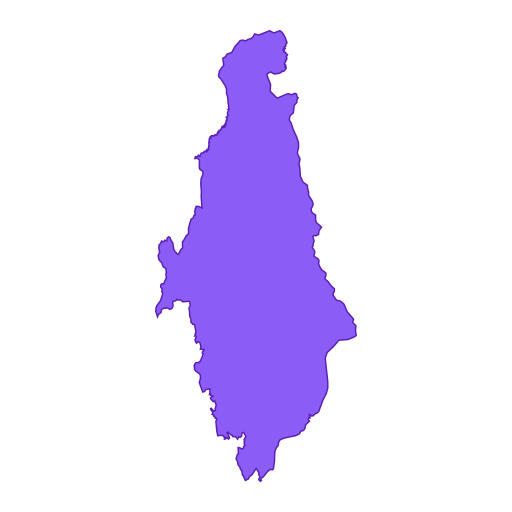 the district of Khao Khitchakut, Chanthaburi, Thailand
{"feature_id": "78962969B7346978747814", "entity_name": "Khao Khitchakut", "entity_type": "district", "adm_level": 2, "iso_a3": "THA", "parent_name": "Thailand", "parent_adm1": "Chanthaburi", "projection": "equal_earth", "projection_center": [102.068, 12.967], "detail": "fine", "context": "isolated", "style": "filled", "palette": "violet", "viewbox_px": 512, "rotation_deg": 0, "n_neighbors": 0, "source": "geoboundaries", "source_scale": "gbopen_adm2", "svg_char_len": 6054}
<svg xmlns="http://www.w3.org/2000/svg" viewBox="0 0 512 512"><path d="M157.5,316.8L158.7,314.2L161.0,312.6L161.1,310.5L162.1,309.1L164.0,308.1L165.5,308.3L167.3,307.7L169.5,309.3L171.6,308.7L172.5,307.5L173.0,305.7L172.7,303.2L173.0,301.4L175.5,300.8L176.4,300.2L176.9,299.3L177.9,299.9L180.9,300.1L182.8,301.8L188.9,301.3L189.7,301.8L190.3,305.4L189.1,307.8L189.0,308.9L189.5,311.2L189.7,316.3L191.0,319.2L191.0,322.5L192.0,323.1L192.8,324.3L194.3,324.6L194.7,325.3L196.0,332.1L195.1,333.9L195.4,334.5L194.8,335.9L195.7,335.7L196.2,336.5L195.0,339.9L195.7,341.0L195.4,341.6L196.6,343.2L198.0,341.7L199.8,342.4L200.9,346.3L200.4,349.1L204.0,349.5L204.1,350.1L202.6,351.5L202.3,353.4L203.2,354.0L200.5,360.9L198.5,362.5L195.9,362.7L194.9,364.0L194.2,365.5L194.6,369.5L195.8,371.1L199.6,373.9L200.3,375.0L200.5,378.2L199.3,382.5L202.7,392.0L204.6,391.5L206.0,389.4L209.9,389.0L209.9,392.5L209.5,394.4L210.5,394.1L210.5,395.3L212.8,396.2L210.5,397.8L210.7,398.9L213.2,401.6L214.8,400.9L215.6,403.8L216.3,404.6L215.1,408.9L215.5,410.2L213.6,411.1L211.4,408.3L210.6,408.6L210.9,409.7L212.9,412.3L212.1,414.4L213.9,415.2L213.9,416.4L214.8,416.7L215.2,418.3L216.7,418.4L216.7,419.8L215.9,421.3L216.8,431.2L217.8,435.8L220.7,435.3L223.0,435.6L224.0,436.9L224.8,436.9L224.4,439.1L225.3,439.0L227.1,437.6L228.4,439.1L229.4,438.3L229.0,436.2L227.1,432.6L227.7,432.1L231.6,435.2L232.5,435.3L232.8,436.6L235.7,436.8L237.6,439.2L238.5,436.9L240.1,437.3L241.5,436.3L242.1,432.9L243.8,432.5L245.9,436.4L244.1,439.7L244.7,440.2L244.2,441.3L244.5,441.6L244.1,443.7L245.0,445.2L243.7,446.5L243.6,447.5L242.4,449.1L239.7,447.8L238.1,447.6L238.4,453.9L237.4,454.4L236.1,458.8L237.5,461.6L238.1,464.8L240.2,467.7L240.2,468.6L242.1,471.7L242.3,474.7L243.7,476.5L244.2,478.1L244.7,478.2L244.6,478.7L245.3,480.4L248.3,479.0L249.8,476.2L251.6,475.2L256.2,468.5L259.0,473.1L258.7,474.1L259.8,477.2L259.7,478.0L258.7,479.1L259.0,480.0L260.4,481.3L261.3,480.6L260.7,480.1L261.3,478.3L263.4,476.7L267.5,471.6L270.2,469.4L272.4,469.8L273.4,468.9L274.5,461.0L274.7,453.7L275.0,452.9L274.6,452.0L276.2,448.1L278.0,445.6L278.4,444.3L278.4,442.8L279.7,440.3L280.5,439.6L284.4,438.0L295.8,435.6L299.4,433.8L301.0,431.0L302.8,430.8L304.1,429.7L304.8,428.5L305.7,424.7L309.5,421.1L308.2,419.5L308.7,417.8L310.0,418.0L309.9,416.9L309.3,415.8L309.4,414.4L310.6,414.8L311.3,416.0L313.1,415.8L315.2,413.7L316.8,413.2L318.7,411.6L322.9,400.1L326.3,393.5L327.8,387.9L327.7,381.1L325.2,358.4L326.7,353.7L327.5,352.2L333.3,346.7L338.9,340.2L348.1,339.5L354.8,336.6L356.2,335.4L355.5,330.6L355.9,325.7L352.9,322.8L352.7,321.7L353.5,319.8L353.3,318.8L347.3,311.9L343.9,304.1L340.5,301.2L336.4,300.1L333.4,295.6L333.1,293.5L334.4,291.2L334.4,288.8L331.1,285.8L327.9,281.4L325.1,279.1L325.0,278.2L326.0,275.0L325.8,272.9L321.8,269.9L320.2,267.5L318.6,264.0L319.0,260.8L318.4,259.1L314.4,256.5L313.9,255.6L314.7,252.8L314.6,250.9L312.3,247.6L313.1,245.6L313.0,243.8L314.1,241.4L312.9,236.6L313.6,235.7L316.5,235.6L318.5,234.4L319.0,230.8L321.5,227.1L316.4,222.6L315.6,220.0L315.6,215.1L312.4,212.9L311.3,211.1L311.2,208.7L313.0,205.2L313.1,203.9L312.0,200.7L308.6,195.3L308.6,192.1L307.5,187.8L307.4,185.3L303.2,182.3L300.4,176.5L299.8,168.0L299.0,163.6L299.9,160.1L299.9,158.4L298.0,155.0L297.3,152.7L298.6,147.4L298.5,142.6L296.5,136.6L293.3,129.7L291.0,122.7L289.4,120.3L289.7,116.6L290.4,115.3L293.3,112.9L294.2,105.4L296.8,102.4L296.9,99.8L298.1,97.8L297.1,96.9L296.5,94.1L294.9,93.3L291.5,94.8L289.0,93.8L287.2,93.9L278.3,97.7L276.8,97.9L270.1,91.1L270.6,84.6L267.2,76.0L267.1,73.9L270.5,72.0L274.6,74.0L279.0,73.3L281.4,72.3L281.8,71.2L283.0,71.4L284.2,70.9L286.1,68.5L285.9,66.5L285.1,66.9L285.5,64.9L284.6,64.5L284.5,63.7L285.7,61.5L285.4,60.1L286.4,60.0L286.7,59.3L286.8,57.4L286.2,56.3L287.5,54.8L286.1,53.5L285.6,52.4L283.8,52.1L284.0,51.3L283.4,50.6L284.4,50.0L283.1,49.1L283.9,48.4L285.1,48.4L284.3,46.9L285.7,46.3L285.5,44.9L287.0,42.8L285.2,37.5L283.0,33.5L281.3,31.7L279.9,30.7L273.8,33.0L269.6,30.7L258.7,35.1L254.6,33.9L253.1,36.7L251.2,38.5L247.6,39.6L245.9,40.9L242.6,40.1L240.2,40.6L234.7,46.9L232.2,51.8L231.5,52.6L227.2,54.1L225.4,56.8L222.8,58.4L223.6,64.2L223.4,66.0L221.9,67.3L219.5,71.1L218.5,75.5L219.0,77.1L220.8,78.8L225.2,85.7L226.5,89.0L226.5,93.3L227.8,97.5L228.1,103.0L228.7,105.3L228.4,106.6L229.0,108.7L228.7,109.8L228.1,109.7L228.7,110.4L227.5,112.5L227.6,114.5L228.2,115.1L227.2,116.4L227.1,117.3L226.7,116.9L226.2,117.3L227.1,118.2L227.1,119.6L226.2,120.2L226.8,120.9L225.7,122.2L226.1,123.2L225.2,123.8L225.6,124.5L225.2,124.3L224.6,124.9L225.0,127.0L224.4,127.1L224.2,126.7L223.7,127.2L223.4,125.9L222.7,126.4L222.5,127.2L222.0,126.9L220.8,129.9L220.4,129.7L219.8,130.7L218.9,130.5L218.5,132.8L217.7,132.2L216.9,134.2L217.1,134.8L215.9,135.1L214.9,134.7L214.4,135.9L211.5,135.7L211.5,136.6L210.4,136.7L210.6,137.9L210.1,137.7L210.0,138.5L209.4,138.4L209.1,140.7L209.4,142.2L208.7,142.4L209.2,144.4L208.6,145.8L208.9,146.5L208.4,147.5L208.8,148.9L208.2,149.8L207.9,149.4L207.2,150.8L206.6,150.1L206.4,151.7L205.6,151.1L204.0,151.6L204.1,152.5L201.2,153.2L199.8,156.3L198.5,155.2L197.0,156.9L195.6,156.6L194.8,158.4L195.0,158.7L196.6,157.8L199.1,159.6L199.4,160.2L199.3,167.9L200.0,169.5L202.3,170.9L203.0,172.9L202.8,174.6L201.1,178.8L200.8,184.0L201.4,191.7L201.2,197.0L202.0,207.9L198.2,206.3L196.0,206.5L196.1,207.8L195.3,208.3L195.2,210.0L194.7,211.0L195.3,215.0L194.2,215.1L192.9,218.3L191.2,219.1L189.8,223.3L188.5,228.4L188.5,233.8L186.3,235.6L183.7,240.4L182.5,241.7L182.5,248.1L180.6,249.8L180.4,250.7L178.2,254.5L176.6,253.5L176.4,252.7L175.5,252.3L173.8,249.4L172.8,243.1L170.4,239.0L170.1,237.7L168.7,236.8L167.2,238.0L166.8,240.8L164.7,240.2L164.1,241.4L162.8,241.8L161.7,241.0L159.9,244.5L159.2,244.6L158.8,248.0L159.6,252.5L158.1,255.7L158.8,259.1L159.4,260.3L161.6,262.7L163.4,267.0L165.8,268.4L166.3,272.1L165.9,274.5L166.4,277.6L163.6,283.9L161.7,283.8L160.7,285.2L160.8,287.3L162.3,289.1L161.7,291.4L162.5,292.7L162.6,294.1L160.5,300.7L156.8,305.8L156.1,307.5L155.8,311.4L157.5,316.8Z" fill="#8b5cf6" stroke="#5b21b6" stroke-width="1.5"/></svg>